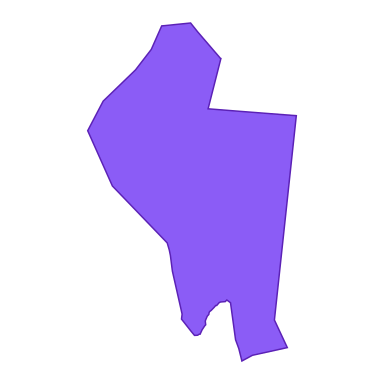 outline of Santiago Zoochila, Oaxaca, Mexico
{"feature_id": "50627088B50868088212733", "entity_name": "Santiago Zoochila", "entity_type": "district", "adm_level": 2, "iso_a3": "MEX", "parent_name": "Mexico", "parent_adm1": "Oaxaca", "projection": "natural_earth1", "projection_center": [-96.251, 17.216], "detail": "fine", "context": "isolated", "style": "filled", "palette": "violet", "viewbox_px": 384, "rotation_deg": 0, "n_neighbors": 0, "source": "geoboundaries", "source_scale": "gbopen_adm2", "svg_char_len": 748}
<svg xmlns="http://www.w3.org/2000/svg" viewBox="0 0 384 384"><path d="M287.3,347.6L274.5,320.2L274.4,320.1L296.3,115.7L239.6,111.3L208.1,108.8L220.9,58.5L220.4,58.3L197.7,31.9L190.6,23.0L161.7,25.9L151.3,49.4L135.5,69.9L103.2,101.1L87.7,130.7L112.4,186.0L167.2,242.9L169.3,250.1L170.4,255.5L172.4,271.2L182.1,314.1L181.5,319.1L191.1,331.3L194.5,335.4L196.6,335.3L197.7,335.2L199.2,334.2L200.1,334.2L202.1,329.8L204.7,325.9L205.7,324.8L205.3,321.3L205.5,320.3L207.3,316.1L208.8,314.5L209.1,312.6L209.6,311.6L211.2,310.4L214.1,307.4L215.7,305.5L216.7,305.5L219.2,302.6L220.5,302.0L225.3,301.6L226.8,300.0L230.5,302.7L235.6,340.0L235.8,340.4L238.8,348.6L241.9,361.0L252.4,355.3L287.3,347.6Z" fill="#8b5cf6" stroke="#5b21b6" stroke-width="1.5"/></svg>